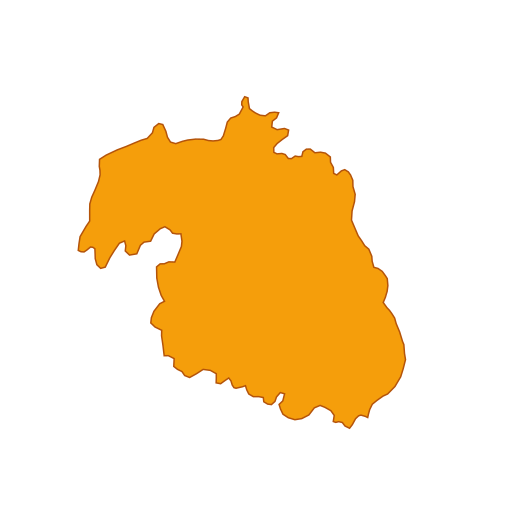 outline of Smarhon, Grodno, Belarus, rotated 296°
{"feature_id": "67162791B9257777977100", "entity_name": "Smarhon", "entity_type": "district", "adm_level": 2, "iso_a3": "BLR", "parent_name": "Belarus", "parent_adm1": "Grodno", "projection": "natural_earth1", "projection_center": [26.399, 54.505], "detail": "fine", "context": "isolated", "style": "filled", "palette": "amber", "viewbox_px": 512, "rotation_deg": 296, "n_neighbors": 0, "source": "geoboundaries", "source_scale": "gbopen_adm2", "svg_char_len": 3079}
<svg xmlns="http://www.w3.org/2000/svg" viewBox="0 0 512 512"><g transform="rotate(296 256 256)"><path d="M120.7,230.5L119.7,235.1L119.7,240.1L117.3,244.3L117.7,249.6L124.1,254.1L130.9,258.2L133.2,265.1L132.8,271.9L128.5,274.0L124.5,275.8L125.7,280.2L130.8,282.9L134.4,285.0L132.8,288.2L129.6,291.2L128.0,293.9L128.4,296.0L132.4,301.0L134.8,303.4L131.6,306.4L128.8,310.0L128.4,315.3L130.8,320.1L132.0,324.6L128.4,326.9L128.0,331.4L129.2,335.0L133.6,336.8L138.3,336.2L143.9,337.7L144.7,342.1L137.5,343.6L132.7,341.8L129.2,345.1L125.6,349.6L124.8,355.9L125.9,362.7L129.9,368.4L136.3,373.2L145.1,375.0L149.8,379.1L150.2,384.2L149.8,391.1L147.0,396.2L141.1,398.0L141.4,400.6L143.4,403.0L144.2,406.6L142.2,410.5L142.2,415.6L146.6,416.5L153.4,416.8L157.4,418.3L159.0,420.1L159.8,424.6L159.8,427.2L163.1,426.4L167.8,425.5L173.8,425.5L179.4,428.1L185.8,431.6L189.7,434.8L199.6,438.1L210.8,439.0L219.3,437.7L228.4,435.8L233.5,432.2L241.2,427.7L243.4,425.2L250.7,418.4L256.7,411.6L261.0,407.8L263.6,403.6L265.7,399.7L267.0,396.2L270.0,390.7L275.6,390.4L279.0,389.8L281.6,389.4L287.2,387.5L293.2,383.9L294.9,381.1L297.5,376.2L298.3,371.1L297.5,366.9L302.2,362.7L306.5,360.2L311.6,354.4L312.9,349.2L315.9,344.4L318.9,339.0L325.3,331.6L330.1,326.1L338.6,322.6L348.1,320.7L354.9,318.1L360.9,312.7L366.5,309.8L370.4,305.3L370.5,305.0L372.1,302.1L372.5,297.9L369.9,295.4L364.3,293.1L364.3,289.6L369.5,286.7L372.9,281.9L377.6,279.4L378.9,273.3L377.6,268.5L374.6,263.7L375.9,257.9L374.1,254.4L370.3,252.5L365.6,253.5L363.9,250.6L363.0,247.4L359.1,245.2L357.8,242.3L360.0,237.8L359.5,234.3L357.0,230.1L357.0,226.6L361.2,224.4L366.4,225.7L372.4,228.6L378.0,231.7L383.5,230.1L383.1,225.7L378.8,219.6L378.8,213.6L384.4,211.6L389.1,213.9L394.7,213.6L393.4,209.7L390.8,205.6L386.1,203.0L384.3,197.9L384.3,192.8L384.8,189.0L385.6,185.5L391.2,181.4L394.6,179.5L394.2,176.0L388.6,175.6L385.6,176.9L384.3,179.1L376.2,178.8L372.3,176.3L368.9,172.8L363.8,171.5L357.3,172.8L349.6,174.0L345.3,173.4L343.2,171.2L340.6,167.0L338.9,162.6L338.0,157.8L334.6,150.5L330.3,143.8L326.9,139.7L321.8,134.6L320.9,129.2L323.9,124.4L328.6,120.3L332.7,115.3L333.3,114.6L332.4,110.5L326.9,107.9L321.3,108.9L314.0,106.7L309.8,102.1L304.3,97.2L297.5,91.3L290.6,84.8L281.0,77.1L274.3,73.0L267.8,75.9L264.6,78.2L260.6,80.3L253.9,81.8L244.3,82.4L236.8,82.6L230.0,83.8L224.1,86.5L214.5,91.2L208.2,90.3L196.3,89.4L189.5,91.5L183.1,93.8L183.1,96.8L184.3,99.7L187.5,101.5L191.5,103.3L192.3,105.6L191.9,108.0L187.1,110.6L183.1,112.7L178.4,116.8L176.8,121.8L179.9,125.4L190.3,125.4L199.0,126.3L207.6,127.6L211.9,131.3L208.2,134.5L203.2,136.3L201.4,141.9L205.7,147.9L215.0,147.4L219.4,149.3L223.1,154.8L231.2,154.8L238.6,158.0L242.4,161.3L241.8,167.3L239.9,171.0L241.1,175.1L243.0,178.8L236.8,183.0L231.8,184.8L223.1,185.3L215.0,185.7L212.5,180.2L208.8,177.0L206.9,173.3L202.6,171.4L192.7,176.5L185.2,182.0L179.0,188.1L175.2,193.6L170.9,190.4L161.6,188.5L154.7,189.0L149.7,190.8L147.9,196.4L147.9,203.8L142.9,206.1L134.8,211.6L126.1,217.2L128.0,220.9L127.9,227.4L120.7,230.5Z" fill="#f59e0b" stroke="#b45309" stroke-width="1.5"/></g></svg>